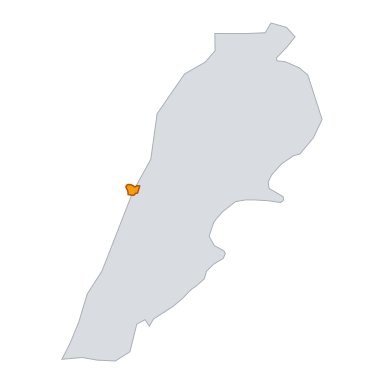 Beirut on a map of Lebanon (Robinson projection)
{"feature_id": "LBN-3024", "entity_name": "Beirut", "entity_type": "Province", "adm_level": 1, "iso_a3": "LBN", "parent_name": "Lebanon", "parent_adm1": "", "projection": "robinson", "projection_center": [35.507, 33.887], "detail": "fine", "context": "in_parent", "style": "filled", "palette": "amber", "viewbox_px": 384, "rotation_deg": 0, "n_neighbors": 0, "source": "natural_earth", "source_scale": "10m", "svg_char_len": 1168}
<svg xmlns="http://www.w3.org/2000/svg" viewBox="0 0 384 384"><path d="M214.8,33.5L245.5,33.6L265.3,32.7L271.0,23.0L286.5,27.4L295.1,36.8L287.3,46.6L276.4,57.9L277.0,60.8L285.2,61.7L299.2,67.8L307.8,75.0L322.1,119.5L313.4,137.8L299.8,154.1L293.7,155.6L281.7,163.7L271.7,174.8L268.2,181.9L269.0,188.4L283.2,196.7L283.6,200.0L280.7,202.6L269.2,200.8L254.4,199.9L245.7,199.9L235.5,201.6L222.6,211.7L216.8,218.3L213.7,222.5L209.1,236.2L214.3,245.6L224.0,250.9L225.4,253.6L223.3,258.3L213.6,264.2L206.4,271.5L204.3,278.8L196.3,285.9L191.3,289.3L181.9,299.0L172.5,306.8L153.6,318.9L149.3,326.2L145.1,319.7L136.8,324.1L129.9,351.7L115.4,361.0L97.3,360.1L82.2,357.5L61.9,359.3L70.1,343.2L78.7,322.3L87.2,294.1L102.1,270.8L133.0,191.5L150.8,159.3L157.1,113.8L184.6,73.9L205.2,62.1L215.1,50.7L214.8,33.5Z" fill="#d9dde1" stroke="#a8b0b8" stroke-width="1"/><path d="M128.1,194.5L128.1,193.0L127.6,190.5L126.5,188.5L125.9,186.8L126.8,185.1L128.7,184.5L131.1,184.8L133.1,185.7L134.2,186.7L135.4,186.7L137.1,185.7L139.6,185.9L139.5,186.8L137.5,193.1L135.6,193.3L135.1,193.8L134.4,194.8L133.8,195.2L131.5,195.2L128.1,194.5Z" fill="#f59e0b" stroke="#b45309" stroke-width="1.5"/></svg>